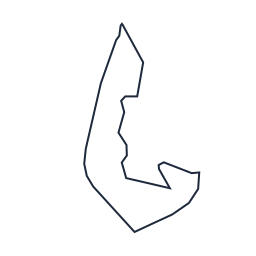 outline of Sefton, rotated 342°
{"feature_id": "GBR-5667", "entity_name": "Sefton", "entity_type": "Metropolitan Borough", "adm_level": 1, "iso_a3": "GBR", "parent_name": "United Kingdom", "parent_adm1": "", "projection": "orthographic", "projection_center": [-2.99, 53.595], "detail": "fine", "context": "isolated", "style": "outline", "palette": "slate", "viewbox_px": 256, "rotation_deg": 342, "n_neighbors": 0, "source": "natural_earth", "source_scale": "10m", "svg_char_len": 549}
<svg xmlns="http://www.w3.org/2000/svg" viewBox="0 0 256 256"><g transform="rotate(342 128 128)"><path d="M102.1,228.9L76.8,172.9L74.0,160.8L75.3,148.5L81.5,134.6L116.0,77.1L143.9,40.7L148.2,37.6L152.7,28.3L154.4,27.1L154.8,28.3L155.3,31.0L162.7,70.3L146.5,100.8L135.2,97.1L129.9,100.0L129.3,111.8L117.5,129.5L121.3,143.7L118.4,153.8L111.4,158.9L110.8,175.1L149.2,198.2L144.8,176.6L145.7,172.7L151.4,171.7L174.6,190.6L182.0,192.3L175.9,207.6L162.8,218.1L143.4,223.9L124.1,226.2L102.1,228.9Z" fill="none" stroke="#1e293b" stroke-width="2"/></g></svg>